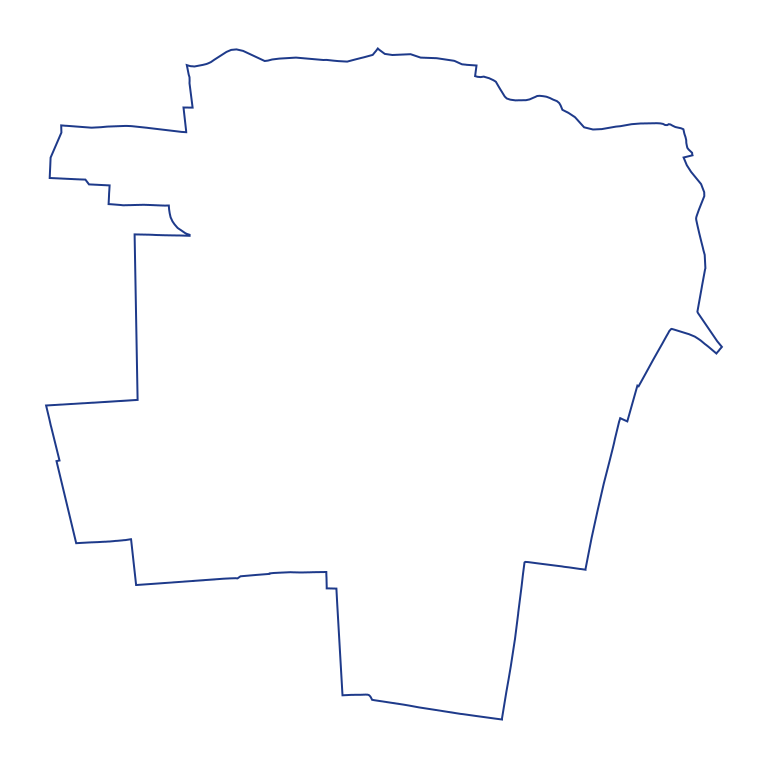 Santandrei, Bihor, Romania
{"feature_id": "2599482B13806554782288", "entity_name": "Santandrei", "entity_type": "district", "adm_level": 2, "iso_a3": "ROU", "parent_name": "Romania", "parent_adm1": "Bihor", "projection": "albers", "projection_center": [21.841, 47.054], "detail": "fine", "context": "isolated", "style": "outline", "palette": "blue", "viewbox_px": 768, "rotation_deg": 0, "n_neighbors": 0, "source": "geoboundaries", "source_scale": "gbopen_adm2", "svg_char_len": 4555}
<svg xmlns="http://www.w3.org/2000/svg" viewBox="0 0 768 768"><path d="M502.0,719.5L502.0,719.3L502.0,718.8L502.0,718.4L506.3,692.2L508.6,679.2L510.8,666.2L514.8,640.1L514.9,639.7L518.2,613.5L518.2,613.0L519.9,599.6L521.6,586.2L523.0,574.0L524.5,562.5L525.3,561.9L526.8,562.0L528.2,562.1L538.0,563.4L557.8,565.9L561.9,566.4L564.1,566.8L569.2,567.4L576.1,568.4L580.2,569.0L580.7,569.0L585.5,569.7L585.5,569.1L591.6,537.9L597.6,510.5L603.8,483.5L609.3,462.1L612.9,447.8L614.0,443.2L615.0,438.6L619.2,421.3L619.4,420.9L620.2,418.2L627.3,421.4L637.4,385.6L638.6,386.3L639.7,384.3L645.5,373.8L653.1,359.9L657.5,352.1L662.5,343.3L663.7,341.1L666.7,335.7L668.1,333.3L669.0,331.6L669.4,330.9L669.7,330.6L671.2,329.0L671.7,328.9L674.2,329.6L683.2,332.4L687.4,333.7L688.8,334.1L694.8,336.6L698.4,338.9L700.7,340.5L705.0,344.1L706.1,344.9L708.5,346.8L716.4,353.5L717.5,352.1L718.8,350.7L719.4,349.8L721.9,346.9L717.2,341.2L697.9,312.9L697.4,311.7L701.8,287.2L701.9,286.5L705.1,269.2L705.4,268.3L704.7,254.8L704.6,254.5L703.4,250.1L702.8,247.5L701.5,242.4L699.3,233.5L697.5,225.7L696.2,219.7L696.2,219.1L696.1,218.6L696.3,217.2L696.9,215.3L698.9,209.7L704.3,196.1L704.2,192.2L701.1,184.1L691.1,171.9L686.8,165.2L683.6,157.5L692.5,155.3L692.2,154.2L692.1,152.8L690.3,151.1L688.6,149.5L687.6,148.2L687.3,147.7L686.8,145.5L686.3,142.9L686.2,140.1L685.5,137.1L684.9,135.3L684.6,134.5L684.2,133.0L683.8,131.1L683.4,129.3L683.1,129.1L682.1,128.7L680.8,128.2L678.4,127.7L675.3,127.0L672.4,125.6L670.5,124.5L670.0,124.4L668.7,124.2L667.6,124.9L667.1,125.1L665.1,125.0L663.0,123.9L661.4,123.6L660.4,123.4L656.9,123.2L640.4,123.5L637.8,123.7L631.5,124.2L620.3,126.2L616.0,126.6L610.9,127.5L601.7,129.1L593.0,129.5L584.1,127.3L575.0,117.2L568.5,112.9L562.4,109.8L560.7,105.6L559.2,103.0L556.9,101.1L553.1,99.6L550.1,98.1L547.2,97.0L546.3,96.7L543.3,96.2L539.7,95.8L537.2,96.0L534.7,97.2L533.9,97.5L529.6,99.4L525.9,100.2L524.8,100.2L517.9,100.3L516.4,100.3L515.7,100.4L510.6,99.7L510.1,99.6L506.8,98.5L504.7,96.5L504.3,95.8L500.1,89.0L498.5,86.3L495.9,81.8L495.2,81.3L493.4,80.2L489.1,78.2L484.6,76.9L484.3,76.8L483.9,76.6L480.6,77.1L477.5,76.8L475.1,76.1L476.5,65.5L466.4,64.8L466.0,64.7L462.0,64.3L460.2,63.5L454.5,60.9L453.5,60.7L436.7,58.2L420.6,57.6L410.6,54.2L392.4,55.0L384.8,53.9L379.0,49.6L377.8,48.5L376.1,50.8L374.5,52.7L372.7,54.9L363.9,57.3L361.0,58.0L355.1,59.5L347.2,61.6L338.3,61.1L333.9,60.7L326.5,59.9L323.3,60.0L296.0,57.6L279.3,58.6L272.1,59.5L267.9,60.6L264.7,61.0L243.1,50.9L236.5,49.4L231.2,49.9L226.5,51.9L214.2,59.8L210.9,62.1L208.5,63.2L207.3,63.7L206.1,64.1L202.8,64.9L194.4,66.5L192.6,66.3L190.7,66.2L189.1,65.8L186.8,65.1L187.2,67.0L188.7,74.6L189.5,77.2L189.6,80.8L189.5,83.2L192.6,107.6L190.8,107.6L183.5,107.5L185.5,125.3L186.1,130.6L186.2,132.2L181.5,131.9L176.6,131.3L147.9,127.9L147.3,127.8L132.1,126.2L130.8,126.1L126.1,125.9L112.4,126.4L107.2,126.6L100.9,127.2L93.1,127.6L91.6,127.7L66.6,125.8L66.0,125.8L61.2,125.4L61.4,132.6L50.6,157.6L50.2,167.0L49.9,173.4L49.7,178.0L54.1,178.2L56.4,178.3L75.1,179.2L77.4,179.3L79.6,179.4L85.4,179.6L89.0,184.4L91.3,184.5L105.3,185.2L109.6,185.4L109.3,190.6L109.1,193.3L109.0,196.1L108.6,204.1L111.8,204.3L120.6,205.0L123.3,205.3L125.8,205.2L131.4,205.1L134.7,205.0L143.3,204.8L143.9,204.8L150.0,205.0L161.8,205.5L165.0,205.6L168.8,205.5L169.1,209.4L169.7,213.3L170.6,217.3L172.5,221.4L174.5,224.3L176.8,227.0L177.7,228.0L185.2,233.1L186.8,233.9L189.6,234.8L189.6,235.8L180.3,235.5L173.0,235.4L167.8,235.3L162.5,235.2L160.0,235.1L156.1,235.0L152.3,234.8L149.4,234.7L134.6,234.4L137.6,399.9L104.0,402.0L46.1,405.5L49.4,419.3L50.8,425.6L51.1,426.6L59.5,460.5L56.5,461.1L64.5,494.4L76.2,543.2L79.3,543.0L90.2,542.4L95.5,542.2L98.0,542.1L99.9,542.0L102.9,541.8L106.0,541.7L108.7,541.5L109.6,541.5L113.9,541.1L115.7,540.9L117.7,540.8L119.7,540.6L122.1,540.4L123.6,540.2L125.3,540.1L131.0,539.2L131.1,539.6L133.6,562.3L135.5,579.4L136.1,585.0L136.6,585.0L145.1,584.4L157.9,583.5L223.7,578.7L229.7,578.4L235.6,578.2L237.4,578.4L237.8,578.2L240.5,576.3L256.7,574.9L269.5,573.9L269.6,573.4L273.6,573.0L279.5,572.7L290.5,572.2L292.8,572.3L301.2,572.5L305.2,572.4L310.1,572.3L313.1,572.2L326.3,572.0L326.4,576.0L326.5,577.8L326.6,582.5L326.7,586.5L326.7,588.4L328.5,588.4L336.4,588.6L337.2,603.6L342.5,695.3L350.7,694.9L356.1,694.8L360.4,694.8L365.7,694.6L367.7,694.7L368.6,695.0L369.2,695.3L369.8,695.9L370.6,696.9L371.5,698.6L372.1,699.8L374.3,700.2L403.4,704.6L409.3,705.6L419.0,707.4L434.6,709.8L460.6,713.9L462.7,714.1L475.4,715.9L495.2,718.6L502.0,719.5Z" fill="none" stroke="#1e3a8a" stroke-width="2"/></svg>